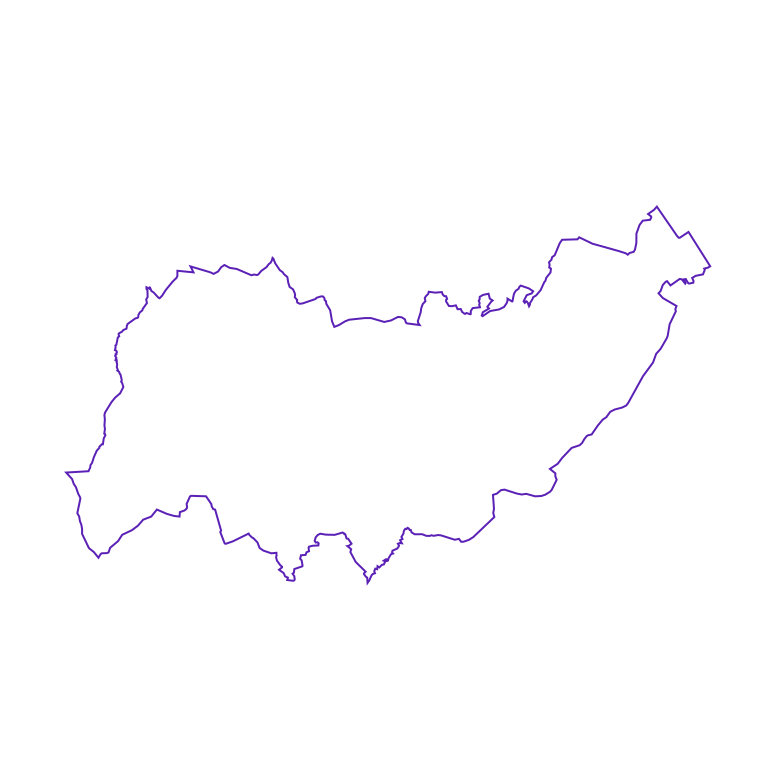 the district of Balanesti, Gorj, Romania, rotated 196°
{"feature_id": "2599482B82822475618537", "entity_name": "Balanesti", "entity_type": "district", "adm_level": 2, "iso_a3": "ROU", "parent_name": "Romania", "parent_adm1": "Gorj", "projection": "natural_earth1", "projection_center": [23.427, 45.073], "detail": "fine", "context": "isolated", "style": "outline", "palette": "violet", "viewbox_px": 768, "rotation_deg": 196, "n_neighbors": 0, "source": "geoboundaries", "source_scale": "gbopen_adm2", "svg_char_len": 6166}
<svg xmlns="http://www.w3.org/2000/svg" viewBox="0 0 768 768"><g transform="rotate(196 384 384)"><path d="M639.0,411.5L638.5,409.9L637.2,408.8L635.2,402.5L635.9,399.7L634.2,396.4L636.6,389.8L636.6,388.2L638.5,385.4L639.1,382.6L638.7,380.5L639.0,379.8L641.1,378.5L647.0,371.0L647.2,369.0L646.8,366.2L649.4,364.1L650.4,361.9L652.7,359.7L652.9,358.7L651.7,356.9L652.7,355.3L652.1,347.9L652.8,347.0L652.1,345.4L652.0,342.4L650.5,342.2L649.5,341.0L649.8,339.9L649.4,339.1L650.2,338.6L649.8,337.6L650.2,336.9L648.4,335.3L648.7,334.2L648.0,333.8L648.6,332.9L647.1,332.4L647.1,331.2L646.4,330.5L645.7,328.5L645.6,326.7L643.7,324.1L644.0,323.4L641.9,322.7L641.0,321.1L640.0,320.6L637.4,316.0L637.0,314.4L637.3,313.9L635.7,312.4L633.7,309.2L635.1,302.3L638.7,296.8L641.0,291.4L644.3,279.6L644.2,277.1L642.6,273.1L641.3,267.1L639.9,264.0L639.2,259.1L638.3,258.9L637.7,257.9L638.4,254.5L637.6,248.6L638.6,248.3L640.3,245.2L640.0,244.2L641.7,240.9L642.7,233.8L642.9,227.6L643.8,225.1L643.4,222.8L644.0,218.7L665.1,211.3L657.6,206.6L654.8,202.6L651.6,199.8L647.7,194.2L644.9,191.3L644.3,190.2L643.2,175.3L640.5,172.6L638.5,168.4L636.1,165.2L634.3,161.6L632.9,156.7L622.4,144.9L616.6,142.5L610.6,138.3L609.6,142.1L608.8,143.4L603.7,145.1L602.4,146.1L602.1,151.1L596.3,159.7L594.1,166.9L586.1,173.9L581.5,179.9L578.1,187.2L571.2,192.4L567.7,200.7L556.9,199.3L549.5,199.3L544.0,200.2L544.9,204.6L540.8,207.5L539.3,209.9L539.5,211.9L540.7,214.3L539.5,222.4L538.7,223.3L524.1,227.0L516.9,221.0L515.9,218.9L513.7,216.7L511.7,216.7L500.2,198.2L500.6,196.6L493.2,186.8L492.0,186.8L485.9,191.1L472.9,202.9L471.8,201.8L468.4,200.0L467.3,199.9L462.0,196.9L458.4,192.1L454.0,190.6L445.6,190.2L440.9,192.1L440.0,189.5L440.0,187.7L438.2,184.7L433.7,181.2L431.7,180.3L431.5,179.6L433.7,176.5L428.3,174.6L426.0,171.8L423.0,171.4L423.0,168.9L417.0,169.8L416.4,170.3L415.9,171.3L417.2,174.5L419.6,176.5L418.6,177.8L419.2,181.4L412.3,186.2L412.2,186.9L414.6,191.8L416.4,192.8L416.6,196.5L412.3,198.1L412.1,200.9L410.0,202.6L411.4,205.9L411.2,207.0L407.9,208.9L402.6,210.7L402.9,212.8L404.2,213.5L405.9,212.8L407.4,214.1L407.4,217.8L406.1,220.6L404.0,222.5L398.2,223.2L389.8,225.4L382.9,229.8L381.1,229.4L380.8,228.8L379.8,228.9L377.4,225.2L375.7,225.3L371.2,221.5L373.3,218.7L374.5,218.1L370.0,216.1L370.0,213.2L362.1,205.1L349.9,198.5L351.0,196.5L350.8,195.7L348.1,193.6L346.8,193.3L345.0,188.3L344.0,191.1L343.3,196.3L342.6,198.1L340.5,199.6L341.8,201.4L341.5,204.1L339.5,204.1L340.0,207.1L337.9,206.4L336.2,209.6L334.4,210.5L333.9,214.0L335.5,214.1L333.8,216.1L333.1,216.2L332.6,214.6L331.5,215.3L331.6,217.7L330.5,221.7L330.2,222.5L328.6,223.5L329.8,224.3L329.9,226.1L326.0,229.4L325.1,231.8L325.0,232.8L326.6,234.3L325.2,235.4L322.9,235.8L325.5,238.3L323.5,240.1L325.1,241.8L324.1,245.5L324.4,248.4L323.6,250.7L322.3,250.8L321.8,252.2L320.5,252.0L319.0,250.7L318.1,251.1L316.6,249.0L313.1,248.0L306.0,250.1L301.5,249.7L298.1,250.6L296.9,251.6L294.3,251.8L290.2,253.8L287.3,254.2L273.0,253.8L269.3,255.8L266.4,253.6L264.1,254.3L259.4,257.6L256.0,261.4L241.3,286.5L243.4,290.1L243.9,294.4L248.7,307.5L245.4,309.6L242.3,314.2L239.1,315.7L226.2,315.3L221.3,315.7L217.0,317.6L207.8,317.7L201.9,319.7L198.4,322.1L194.7,326.2L193.6,328.5L191.6,339.5L193.8,342.4L194.7,345.4L201.1,348.1L195.0,355.2L192.4,362.0L186.0,374.3L179.0,379.1L177.3,382.0L176.2,386.4L174.8,389.8L173.5,391.1L170.5,392.7L167.0,403.1L163.9,410.1L161.1,413.4L158.9,419.6L155.3,423.0L148.6,427.0L145.3,430.0L144.1,432.9L137.2,462.9L131.3,478.9L130.7,488.0L127.8,494.0L124.8,506.0L124.6,508.7L125.9,520.2L123.5,534.4L124.6,536.3L124.3,539.6L139.7,543.5L145.1,546.9L143.7,549.7L143.3,556.0L141.5,559.7L140.3,560.9L135.8,557.7L128.7,566.5L126.6,566.7L122.1,563.5L121.9,564.1L124.7,567.2L122.9,568.1L119.5,564.9L118.5,564.6L114.6,566.6L114.8,568.3L117.0,570.9L114.2,573.9L107.6,577.3L107.1,582.2L108.0,583.2L104.7,585.1L102.9,587.1L133.2,614.1L140.0,606.1L141.0,605.8L143.0,607.0L170.6,629.7L172.4,625.9L177.0,620.2L173.4,618.7L173.0,617.5L173.5,615.2L180.3,612.3L182.2,607.3L182.8,598.1L180.3,589.1L179.8,582.5L180.4,579.9L184.1,577.6L185.3,575.5L187.7,576.3L195.1,576.5L222.2,576.3L236.8,578.8L237.9,576.4L252.6,571.7L253.9,567.7L255.4,554.8L257.4,552.2L257.3,549.7L258.9,546.5L257.6,544.0L257.3,541.5L255.3,540.9L254.7,537.1L257.3,530.8L257.3,527.6L258.0,526.2L259.3,517.5L262.1,511.2L264.6,508.4L264.7,506.3L266.0,501.9L265.6,500.4L266.0,498.7L268.0,501.5L269.5,502.7L270.2,502.7L271.0,500.8L272.6,502.0L271.3,508.7L267.0,511.8L266.2,514.3L271.1,515.8L279.6,516.3L280.6,514.9L280.9,512.6L283.0,510.0L283.7,507.5L283.9,505.7L283.3,498.9L283.6,498.6L288.8,500.1L288.2,497.8L288.4,495.4L289.8,491.2L293.9,487.4L302.1,483.4L307.9,476.4L308.9,476.7L308.8,480.2L303.9,485.5L305.9,486.7L303.6,492.8L302.6,494.2L305.8,495.2L308.4,499.6L313.4,496.9L316.0,494.2L315.4,491.5L315.9,490.3L314.3,488.0L314.4,486.5L312.9,484.2L319.7,481.4L320.7,478.0L319.9,475.2L320.3,474.8L324.3,475.0L325.2,473.8L326.1,473.8L328.9,474.9L330.8,477.2L333.9,476.2L336.6,479.4L340.2,477.5L343.1,476.9L347.1,480.5L347.5,482.0L346.8,483.2L348.5,485.5L350.2,485.1L352.3,486.3L353.7,488.3L360.1,485.9L366.4,485.0L366.3,482.9L368.0,479.8L368.5,477.8L367.0,475.0L368.8,471.5L369.1,467.3L368.5,462.9L368.8,453.7L368.0,452.2L366.0,450.5L378.7,448.6L379.9,449.1L381.7,451.9L385.5,453.0L389.1,452.3L394.8,447.0L400.9,443.7L414.7,443.8L420.6,442.1L435.2,436.2L438.7,433.5L443.6,428.2L447.5,425.2L451.2,429.9L456.1,440.1L461.5,445.1L462.7,447.7L464.1,448.2L464.9,450.0L466.6,451.3L468.4,451.0L472.6,448.3L473.3,446.8L484.5,439.0L487.1,437.9L489.8,438.4L490.7,440.0L490.6,440.8L493.7,442.9L494.0,445.2L494.9,446.8L497.5,449.9L501.5,451.3L503.9,454.9L506.4,460.2L510.6,462.1L512.1,463.5L515.5,464.7L521.8,470.0L524.9,474.0L525.9,474.5L525.9,471.5L526.5,469.2L527.8,467.5L529.2,463.9L533.2,458.8L535.0,454.7L536.2,453.7L539.1,453.4L541.5,452.0L557.3,454.0L564.2,453.1L570.2,454.4L572.7,451.4L574.5,446.4L578.1,442.9L582.0,443.5L602.4,443.7L597.9,438.8L613.8,435.9L612.4,430.9L612.7,428.9L615.4,424.1L619.7,414.2L621.6,407.8L623.3,404.6L624.8,404.9L630.7,408.5L633.2,409.3L635.5,412.2L635.8,412.2L635.6,410.9L639.0,411.5Z" fill="none" stroke="#5b21b6" stroke-width="2"/></g></svg>